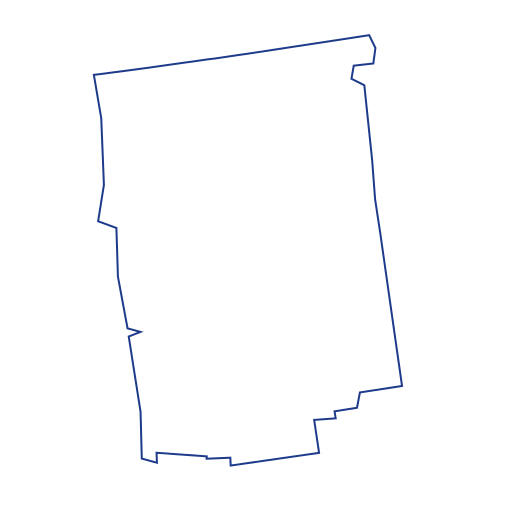 Lawrence, Tennessee, United States of America, rotated 171°
{"feature_id": "52423323B73768341334687", "entity_name": "Lawrence", "entity_type": "district", "adm_level": 2, "iso_a3": "USA", "parent_name": "United States of America", "parent_adm1": "Tennessee", "projection": "mercator", "projection_center": [-87.387, 35.229], "detail": "fine", "context": "isolated", "style": "outline", "palette": "blue", "viewbox_px": 512, "rotation_deg": 171, "n_neighbors": 0, "source": "geoboundaries", "source_scale": "gbopen_adm2", "svg_char_len": 694}
<svg xmlns="http://www.w3.org/2000/svg" viewBox="0 0 512 512"><g transform="rotate(171 256 256)"><path d="M132.1,104.8L129.7,259.4L129.5,293.4L126.3,332.4L122.3,407.7L134.0,416.1L129.7,428.7L110.0,427.8L105.5,442.8L109.7,456.4L232.8,457.1L238.9,457.2L244.1,457.3L247.1,457.3L266.1,457.5L273.5,457.8L289.4,458.0L296.7,458.2L333.1,458.8L354.3,459.3L383.1,460.1L387.8,460.3L387.3,416.2L395.1,350.0L406.5,315.0L389.5,305.5L395.6,257.2L394.2,204.6L382.0,199.1L394.3,196.4L394.4,120.1L400.5,73.8L386.2,67.3L385.0,77.2L336.0,65.8L336.5,63.5L312.9,60.8L313.8,53.0L224.5,51.7L224.2,85.0L202.7,83.2L202.7,90.3L180.0,90.3L174.7,105.0L132.1,104.8Z" fill="none" stroke="#1e3a8a" stroke-width="2"/></g></svg>